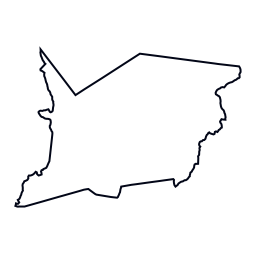 Euclides da Cunha, Bahia, Brazil (Robinson projection)
{"feature_id": "56859067B4723677873776", "entity_name": "Euclides da Cunha", "entity_type": "district", "adm_level": 2, "iso_a3": "BRA", "parent_name": "Brazil", "parent_adm1": "Bahia", "projection": "robinson", "projection_center": [-38.934, -10.468], "detail": "fine", "context": "isolated", "style": "outline", "palette": "ink", "viewbox_px": 256, "rotation_deg": 0, "n_neighbors": 0, "source": "geoboundaries", "source_scale": "gbopen_adm2", "svg_char_len": 3450}
<svg xmlns="http://www.w3.org/2000/svg" viewBox="0 0 256 256"><path d="M214.5,133.9L214.9,131.9L216.0,131.4L217.4,132.0L218.2,131.0L218.7,130.0L219.9,129.3L220.8,128.1L221.8,127.6L221.8,126.4L221.6,124.8L221.2,123.6L220.3,122.6L220.1,121.4L220.8,120.4L221.5,119.2L222.9,119.5L225.4,119.7L225.3,118.3L225.6,117.3L225.3,115.6L225.1,114.2L224.4,112.8L224.1,111.3L223.4,110.0L222.7,109.5L221.7,108.3L221.0,106.6L220.7,104.8L220.4,103.1L220.6,101.6L220.5,99.9L220.2,98.7L219.9,97.3L218.9,96.1L218.0,95.7L216.8,94.8L215.9,94.3L215.6,92.9L216.2,91.4L217.0,90.1L217.9,89.4L219.2,88.7L220.2,88.3L221.0,87.5L222.6,87.1L224.2,87.4L225.3,86.1L226.2,84.8L227.2,84.0L228.5,83.2L230.3,82.5L232.0,82.1L233.3,81.3L234.6,80.3L235.8,79.9L236.7,79.3L237.7,78.3L238.8,78.2L239.6,77.4L239.6,75.9L239.3,74.6L239.8,73.4L240.5,72.3L240.6,71.3L240.5,69.5L240.1,68.2L239.1,66.4L218.1,64.0L214.6,63.5L176.6,58.5L161.6,56.5L139.9,53.7L131.8,58.9L101.9,78.2L83.9,89.6L75.5,95.1L63.8,79.7L40.6,49.4L40.7,51.2L40.4,52.3L40.6,53.8L40.9,55.8L41.6,57.2L42.1,58.6L42.8,60.3L43.8,61.6L44.6,63.2L45.4,63.9L43.6,65.8L40.4,69.2L40.6,70.4L42.1,71.0L44.5,72.8L44.2,74.1L44.2,75.2L44.3,76.3L44.8,77.3L45.2,78.4L45.8,81.0L46.2,82.4L46.7,83.3L47.2,84.7L47.4,86.2L47.7,87.2L47.9,88.8L48.6,90.4L49.7,91.4L50.3,92.8L50.6,94.4L51.4,95.5L52.2,96.8L52.2,98.1L52.2,99.2L52.5,100.3L53.3,101.6L53.2,102.8L53.5,104.2L53.5,105.6L53.1,107.3L52.9,109.1L52.7,110.8L51.8,111.8L50.7,112.3L49.8,111.8L49.0,110.3L48.4,109.3L47.2,109.6L45.3,110.3L43.9,110.3L42.5,110.9L40.3,110.7L39.3,111.2L38.5,112.1L38.9,113.4L39.8,114.7L40.5,115.8L41.5,116.8L43.2,117.3L44.7,118.4L46.2,118.8L47.2,118.8L48.3,118.9L49.7,119.3L50.5,120.1L50.7,121.3L50.8,122.5L50.6,123.7L50.4,124.8L49.8,125.8L49.8,127.2L50.2,128.4L51.0,129.6L51.5,131.0L52.3,132.1L52.4,133.5L52.3,134.7L51.9,138.5L49.4,161.2L48.6,162.8L47.9,164.4L47.3,165.9L46.3,167.8L44.8,168.5L43.3,169.1L42.8,170.0L41.6,170.2L41.0,171.5L41.5,173.0L41.6,174.5L40.0,175.1L38.7,175.5L37.7,174.7L37.0,173.9L36.8,172.4L35.7,171.8L34.5,173.2L33.3,174.3L32.3,174.9L30.7,175.5L28.9,175.5L28.2,176.7L28.3,178.5L27.4,179.9L26.1,180.6L24.3,181.3L23.8,182.5L22.7,184.1L22.5,185.5L22.7,186.9L22.8,188.2L22.7,189.3L22.9,190.6L22.0,192.1L21.5,193.3L21.2,194.8L20.5,196.1L20.2,197.2L19.5,198.7L18.7,199.4L17.8,199.9L18.4,201.1L19.2,202.4L18.2,203.7L17.2,203.8L16.0,203.4L15.8,204.7L15.4,205.9L17.4,206.6L21.9,206.5L24.7,206.5L40.7,202.0L60.3,196.4L63.2,195.6L80.2,190.8L83.9,189.7L86.8,189.2L88.4,189.0L89.8,190.1L95.0,193.9L96.3,194.6L110.9,197.0L117.1,197.7L118.0,196.9L118.4,195.8L119.0,194.7L119.4,193.4L120.0,192.3L120.2,191.0L120.5,189.2L121.0,187.8L121.2,186.6L131.5,184.8L136.2,184.2L151.3,182.1L159.6,181.0L163.8,180.4L173.3,179.1L174.0,179.9L173.8,181.4L174.0,183.3L174.5,185.2L175.5,186.6L176.7,185.7L177.7,184.9L178.4,183.6L179.6,182.7L181.2,181.7L182.8,181.4L183.8,180.7L184.8,180.2L185.8,180.2L186.8,179.6L187.9,178.6L188.8,177.2L189.8,176.3L189.8,175.1L190.2,173.9L190.4,172.6L191.7,171.7L192.3,170.4L193.3,169.0L194.1,167.5L194.2,166.0L194.6,164.5L195.7,163.8L196.8,163.9L198.1,163.8L198.3,158.0L198.1,156.3L199.1,154.9L199.2,153.2L199.2,151.7L199.7,150.0L199.4,148.1L200.3,146.6L199.4,145.7L199.1,144.6L199.2,143.5L199.8,142.0L200.7,141.4L201.8,141.3L203.0,140.1L204.2,140.0L205.3,139.0L205.7,137.9L206.0,136.6L206.8,134.9L207.6,134.3L208.2,133.1L209.2,132.4L209.9,133.2L211.2,133.7L212.4,134.1L213.6,134.4L214.5,133.9Z" fill="none" stroke="#020617" stroke-width="2"/></svg>